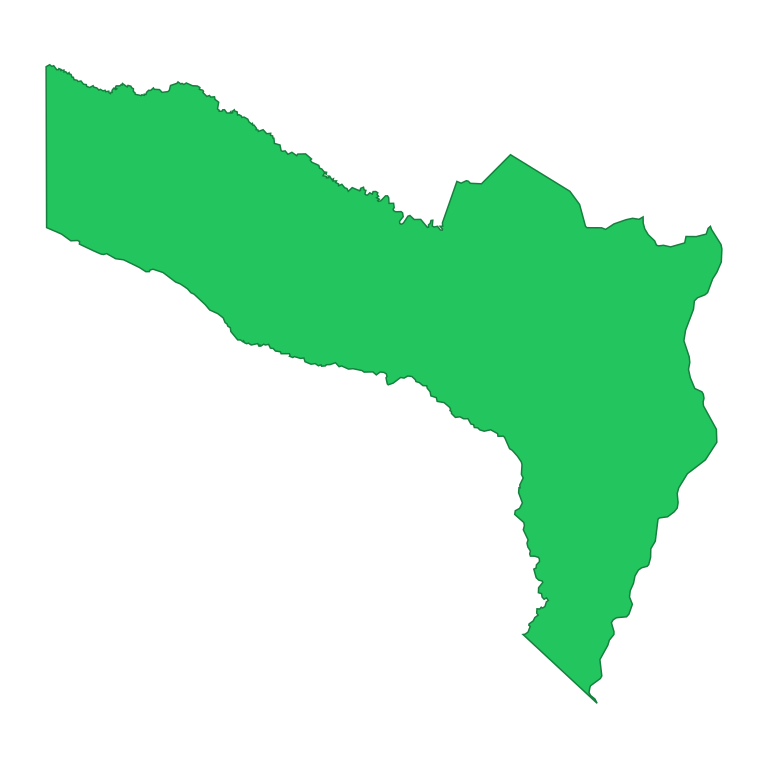 outline of Mitete, Western, Zambia
{"feature_id": "96606910B13624449135340", "entity_name": "Mitete", "entity_type": "district", "adm_level": 2, "iso_a3": "ZMB", "parent_name": "Zambia", "parent_adm1": "Western", "projection": "mercator", "projection_center": [22.406, -14.284], "detail": "fine", "context": "isolated", "style": "filled", "palette": "green", "viewbox_px": 768, "rotation_deg": 0, "n_neighbors": 0, "source": "geoboundaries", "source_scale": "gbopen_adm2", "svg_char_len": 6005}
<svg xmlns="http://www.w3.org/2000/svg" viewBox="0 0 768 768"><path d="M597.1,703.3L595.0,699.1L590.5,695.4L589.0,692.5L589.9,687.5L590.6,685.7L600.4,678.5L601.8,675.9L599.9,659.6L607.8,645.3L609.4,640.1L613.9,634.5L614.0,631.7L611.4,622.7L613.3,619.7L616.6,617.7L626.5,616.8L628.9,614.2L632.4,604.3L629.5,597.0L630.2,590.8L633.5,583.3L635.0,575.9L638.4,570.1L641.6,567.8L647.2,566.3L648.7,564.6L650.6,557.5L650.8,548.8L655.3,541.2L658.0,519.2L659.4,517.9L667.6,516.8L674.1,511.9L677.2,508.1L678.1,502.8L677.2,493.5L678.8,487.7L687.4,473.7L705.4,459.9L716.8,442.3L716.4,429.3L703.5,405.9L703.1,402.0L704.0,398.3L703.3,394.2L701.9,391.8L694.8,388.5L690.3,377.7L688.5,369.4L689.8,362.4L689.2,356.8L683.9,340.8L685.6,330.1L693.5,309.3L694.4,300.9L697.6,297.7L705.0,294.8L707.6,292.6L712.7,278.8L716.8,272.4L721.3,262.0L721.9,249.0L721.0,244.5L711.6,229.6L710.4,226.3L708.1,228.4L706.2,234.1L696.3,236.6L686.0,236.5L684.7,242.9L670.6,246.9L663.5,245.3L658.7,245.9L656.5,245.2L654.7,240.9L648.3,234.8L644.8,229.0L643.2,223.1L643.1,216.9L639.0,219.3L632.6,218.3L626.1,219.7L614.0,223.9L605.6,229.4L601.6,227.8L586.9,227.7L585.5,226.3L579.6,204.5L569.9,191.3L510.5,154.7L481.5,183.8L470.3,183.3L468.3,181.2L466.4,180.7L461.1,183.2L456.9,181.4L442.4,222.9L442.7,226.2L440.1,226.3L442.5,229.0L442.2,230.2L440.4,230.0L437.5,226.3L434.1,227.0L432.3,226.1L432.8,220.2L431.0,220.5L430.2,223.4L428.5,224.9L428.6,227.2L427.4,227.4L420.7,219.4L414.2,219.5L409.9,215.5L407.9,216.2L403.4,223.1L401.2,224.3L399.7,223.4L399.6,221.3L403.2,216.7L402.6,212.9L401.1,211.6L395.6,211.8L393.6,210.6L393.1,209.2L394.2,207.7L393.6,203.3L389.0,203.4L388.7,197.8L387.5,195.8L385.5,195.9L380.8,200.8L378.3,201.4L377.6,200.6L379.3,199.2L376.6,197.7L378.6,196.3L377.1,194.5L377.8,192.8L375.8,191.5L373.1,191.6L372.3,194.1L369.8,192.8L367.5,195.1L366.1,195.0L364.9,193.9L365.9,190.4L364.2,190.0L363.5,187.2L360.6,188.4L360.5,190.2L359.5,190.2L360.3,191.1L352.2,187.6L348.3,191.3L346.9,188.5L344.7,187.8L341.9,184.3L338.6,185.7L338.6,184.0L335.6,182.5L336.5,180.9L332.9,181.0L333.4,178.8L331.8,179.6L329.7,176.2L328.1,176.1L328.7,177.7L326.5,177.9L326.3,176.4L323.0,175.7L324.3,173.4L326.3,174.1L326.6,172.3L324.1,171.9L321.8,169.0L319.6,168.2L318.8,165.4L311.9,162.3L310.2,160.1L311.5,159.0L305.6,153.9L297.7,154.1L296.7,155.7L291.9,152.3L287.9,154.3L285.2,150.9L282.4,151.3L281.1,150.6L280.0,145.0L274.4,143.4L273.9,138.2L273.0,138.2L272.6,135.9L270.5,135.3L270.7,133.3L266.7,133.7L263.1,129.7L258.4,131.4L258.0,130.0L256.1,129.6L256.5,128.4L254.0,125.1L253.0,125.3L252.4,123.4L251.7,124.0L249.0,121.9L247.8,119.2L244.1,117.1L241.9,117.4L241.2,115.9L239.0,114.7L237.6,115.0L237.1,111.8L234.7,111.0L234.3,109.8L232.5,111.2L232.6,112.7L231.1,113.1L230.8,111.7L229.7,113.0L226.9,113.0L224.5,109.7L222.7,109.8L222.0,111.2L219.2,111.3L219.2,110.2L217.5,109.0L218.7,102.2L215.0,99.4L214.5,96.8L210.7,97.1L209.5,95.5L206.8,96.4L203.0,92.6L203.5,91.3L202.7,90.2L199.4,89.4L199.9,87.5L197.4,86.0L192.4,85.7L186.3,83.0L183.9,84.5L182.0,83.4L180.8,84.0L178.0,81.9L177.0,83.3L170.5,85.5L169.3,90.4L167.9,91.6L162.1,92.4L159.5,89.6L154.3,89.3L153.4,87.9L150.7,90.4L148.6,90.3L146.6,92.3L145.9,94.5L144.3,94.2L144.2,95.3L141.8,94.8L141.3,95.6L135.3,94.3L134.9,92.6L133.4,91.6L133.4,88.7L131.6,87.7L130.9,86.2L128.0,85.4L127.1,86.9L122.5,83.5L122.1,84.9L121.3,84.5L119.9,85.9L116.2,85.9L115.1,87.9L116.8,88.8L115.8,89.6L113.7,88.2L112.1,90.3L112.1,92.4L111.0,92.3L110.5,93.6L109.1,92.8L108.8,91.2L105.7,91.7L105.1,90.3L103.0,90.9L100.3,89.3L98.9,90.1L96.8,87.9L93.9,87.2L93.1,85.7L89.7,87.5L86.7,86.4L86.3,84.6L83.5,84.2L81.0,81.0L78.0,81.5L77.0,80.2L74.0,79.7L73.4,77.3L72.1,77.3L71.0,74.4L69.3,73.9L69.1,72.7L67.6,73.8L65.8,71.8L63.9,71.9L64.0,70.1L60.9,70.5L61.1,69.5L58.9,68.6L58.6,69.6L56.7,69.7L53.7,65.7L51.8,66.4L49.7,64.7L46.1,66.7L46.6,227.6L61.6,234.1L70.8,240.8L77.5,240.5L79.6,241.5L79.4,244.1L93.7,250.9L100.8,254.0L103.6,254.5L106.6,253.6L115.6,258.7L123.6,259.8L139.4,267.5L145.9,271.7L149.4,271.6L150.1,270.0L153.0,269.2L163.0,272.5L175.7,282.1L180.3,283.9L187.5,288.8L190.9,292.7L194.1,294.2L205.3,304.7L209.7,310.0L217.7,313.6L223.2,317.9L225.1,322.6L227.0,324.0L227.9,326.3L230.3,327.6L230.8,331.5L237.7,339.9L240.4,339.9L243.1,341.9L243.6,341.0L244.6,342.8L246.6,343.7L248.5,343.2L251.2,345.0L257.7,343.6L258.9,346.1L260.3,346.1L260.2,345.2L261.2,345.9L263.7,344.2L265.3,345.0L268.6,344.4L270.4,348.1L273.2,348.5L275.4,351.0L280.4,351.8L281.1,353.7L289.4,353.7L290.1,355.2L289.4,356.2L292.8,357.5L294.4,356.6L300.5,358.4L303.9,358.0L305.0,361.7L311.0,364.2L315.2,363.6L318.4,365.8L321.0,364.8L321.5,366.2L325.4,365.9L326.4,364.7L330.1,364.6L335.5,362.7L339.1,366.7L341.4,365.9L348.6,369.1L353.1,368.7L362.1,370.6L364.1,372.1L372.9,371.9L376.3,374.9L380.2,372.0L384.0,372.4L386.4,374.0L387.0,376.5L386.0,377.8L387.3,383.9L388.2,384.8L393.2,383.1L400.6,377.5L404.1,378.1L407.8,376.0L411.9,376.5L415.4,379.8L415.9,381.5L419.5,382.7L422.9,385.6L426.7,385.8L427.3,388.3L430.1,391.7L430.9,395.9L436.3,397.6L437.2,401.4L444.1,402.6L449.5,407.2L450.5,408.9L450.0,410.6L451.4,411.5L451.5,413.5L455.4,417.4L459.9,416.8L463.7,418.8L468.0,418.7L470.9,424.0L473.6,424.7L474.3,427.5L477.7,427.8L479.8,429.9L484.2,431.2L490.7,429.8L497.6,433.6L498.0,436.3L503.1,436.1L504.6,437.3L509.6,448.7L512.1,450.2L517.4,456.1L521.3,461.9L522.0,464.8L521.4,474.4L523.2,477.9L519.8,484.9L520.1,487.8L519.0,487.7L518.6,492.7L522.4,502.9L519.6,508.4L515.3,510.7L514.7,514.4L523.8,522.5L524.4,525.6L523.3,529.8L528.1,539.8L527.0,543.2L527.8,546.9L530.4,551.0L529.7,553.9L530.4,556.1L534.6,556.2L538.3,557.3L539.3,558.6L539.5,561.5L536.4,564.9L536.1,568.0L533.8,569.1L536.2,577.7L538.7,580.1L542.1,581.0L542.8,582.4L538.6,587.7L538.4,592.7L541.5,593.6L542.1,597.1L544.1,599.3L546.5,597.9L548.3,600.5L546.4,601.8L544.9,606.6L542.5,608.0L541.2,607.2L539.8,609.0L537.0,608.8L536.7,613.1L538.2,615.1L534.8,617.6L533.2,620.9L529.1,623.9L528.8,625.2L530.2,626.4L528.0,632.1L525.1,634.2L523.0,634.5L597.1,703.3Z" fill="#22c55e" stroke="#15803d" stroke-width="1.5"/></svg>